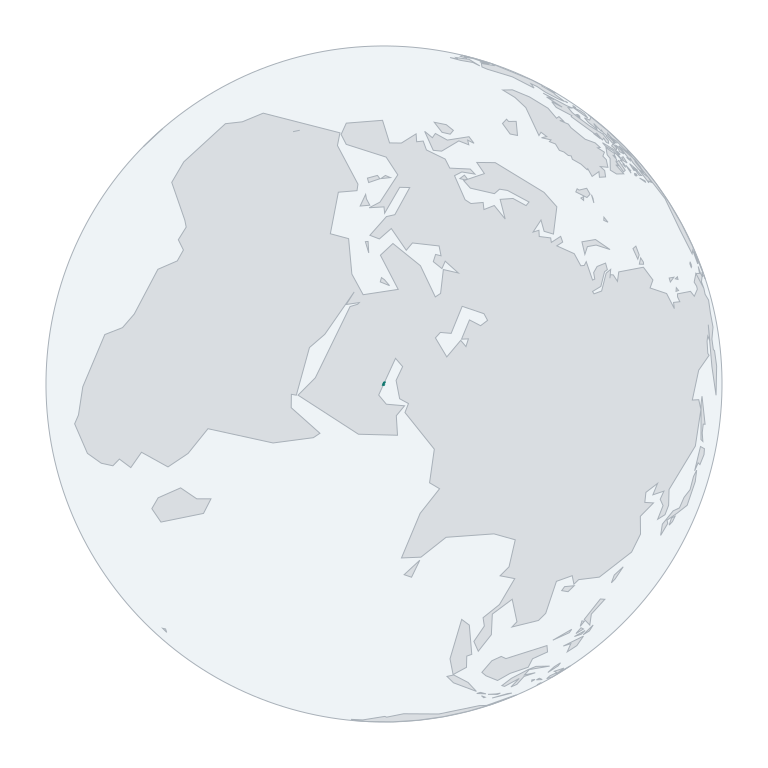 the Earth from above Al Janūbīyah, rotated 54°
{"feature_id": "BHR-4926", "entity_name": "Al Janūbīyah", "entity_type": "Governorate", "adm_level": 1, "iso_a3": "BHR", "parent_name": "Bahrain", "parent_adm1": "", "projection": "orthographic", "projection_center": [50.722, 25.854], "detail": "fine", "context": "on_globe", "style": "filled", "palette": "teal", "viewbox_px": 768, "rotation_deg": 54, "n_neighbors": 0, "source": "natural_earth", "source_scale": "10m", "svg_char_len": 11041}
<svg xmlns="http://www.w3.org/2000/svg" viewBox="0 0 768 768"><g transform="rotate(54 384 384)"><circle cx="384" cy="384" r="338" fill="#eef3f6" stroke="#a8b0b8"/><path d="M476.8,59.1L476.6,59.0L481.9,60.7L478.0,59.8L462.0,55.7L459.2,55.4L469.0,58.0L471.3,59.6L457.3,55.6L459.8,58.2L433.5,54.0L399.3,47.7L381.8,48.2L338.7,50.2L339.7,50.7L324.0,53.2L319.3,55.1L312.7,55.8L314.7,56.9L321.6,55.9L324.9,56.2L322.7,57.6L313.9,58.4L313.7,57.9L309.9,58.9L306.4,58.9L307.0,59.7L296.5,61.2L303.6,61.8L292.6,64.9L286.5,65.4L291.4,62.5L289.6,59.6L286.3,60.5L309.6,54.4L333.3,49.9L357.3,47.1L381.4,46.1L405.5,46.8L429.6,49.2L453.3,53.3L476.8,59.1ZM249.6,74.0L242.8,77.0L240.6,78.0L249.6,74.0ZM225.3,85.6L235.5,80.5L235.7,81.1L248.4,75.6L250.4,75.4L261.7,71.8L255.3,75.7L242.8,81.9L233.1,85.4L227.4,88.6L232.8,88.6L211.0,99.6L190.2,115.3L185.1,118.4L181.9,116.8L191.6,107.3L187.8,108.8L225.3,85.6ZM187.3,109.2L185.3,111.8L172.5,121.0L168.4,124.6L166.3,126.9L169.2,125.2L163.8,129.6L164.0,127.5L168.9,123.4L168.8,123.8L173.3,119.9L173.2,119.9L187.3,109.2ZM47.3,413.1L48.5,423.3L50.6,439.2L47.3,413.1ZM483.4,61.1L486.2,62.0L487.8,62.5L483.4,61.1ZM264.5,70.0L263.1,70.9L261.7,71.1L264.5,70.0ZM270.7,67.8L270.1,67.5L272.9,66.4L273.3,66.7L270.7,67.8ZM483.2,62.0L484.8,63.2L480.4,61.2L483.2,62.0ZM270.8,68.7L278.1,64.7L283.1,63.0L288.6,62.8L270.8,68.7ZM483.9,63.4L487.9,67.1L494.6,69.0L477.9,66.7L480.0,63.7L473.6,60.7L480.2,62.8L483.9,63.4ZM324.8,55.1L317.3,56.1L325.5,54.2L324.8,55.1ZM329.3,53.9L350.0,49.2L360.0,48.9L351.1,50.2L365.7,49.6L360.4,51.7L351.2,52.5L345.7,52.1L347.9,53.4L329.3,53.9ZM468.0,65.3L466.6,65.9L465.0,64.5L468.0,65.3ZM326.8,56.3L330.1,55.0L339.0,54.6L334.1,57.0L332.8,56.3L326.8,56.3ZM372.1,48.7L377.9,49.2L375.2,50.9L377.0,51.5L361.1,51.8L372.1,48.7ZM329.7,57.1L331.3,58.4L325.2,59.9L324.2,57.5L329.7,57.1ZM343.4,53.6L347.4,53.7L343.6,54.4L343.4,53.6ZM304.3,67.3L308.0,65.2L313.0,64.7L304.3,67.3ZM332.3,58.8L334.5,58.3L336.8,58.0L336.6,59.3L332.3,58.8ZM360.3,53.2L358.0,54.1L366.7,53.1L365.1,54.9L354.7,54.9L358.5,55.7L358.0,56.3L350.1,55.8L360.3,53.2ZM343.6,59.9L329.9,61.4L321.9,65.0L317.2,65.4L331.0,59.6L343.6,59.9ZM348.1,57.4L344.3,59.0L340.4,58.4L340.7,57.0L348.1,57.4ZM367.6,56.2L372.9,53.5L374.9,53.7L367.6,56.2ZM342.0,61.0L345.4,60.6L341.9,61.3L342.0,61.0ZM360.6,57.7L362.2,56.5L364.5,56.7L360.6,57.7ZM350.8,61.2L346.3,61.5L346.3,60.4L350.8,61.2ZM355.9,59.6L358.7,60.2L349.0,59.8L356.2,59.0L355.9,59.6ZM362.6,58.0L364.4,57.7L361.6,58.5L362.6,58.0ZM353.2,65.5L341.0,65.4L341.1,62.8L352.9,63.2L353.2,65.5ZM86.6,415.4L80.2,359.3L88.6,344.5L93.9,322.5L154.9,272.0L163.7,281.5L207.0,287.6L211.7,292.2L202.0,308.2L230.9,339.1L245.6,327.2L276.2,345.4L299.5,348.4L315.8,316.9L277.7,311.2L275.6,294.2L309.7,285.0L343.7,291.3L344.0,285.0L326.3,268.7L337.9,258.6L320.6,262.3L324.7,269.3L314.0,272.2L309.5,266.1L313.8,262.5L304.7,258.3L286.6,278.1L288.9,287.4L262.5,286.7L263.9,302.5L255.4,308.0L250.0,283.6L253.4,275.7L240.2,247.7L234.1,255.7L246.2,283.1L240.7,279.9L232.7,292.4L234.5,280.4L222.9,249.9L201.7,248.9L167.9,273.7L156.9,272.0L150.8,261.2L169.8,230.2L192.2,237.8L199.3,228.3L200.5,211.0L207.2,215.2L210.5,209.5L219.6,212.1L238.0,202.3L248.0,203.9L260.8,187.9L267.7,187.0L258.2,196.4L256.9,204.5L282.6,210.1L289.1,207.6L295.4,197.1L301.6,200.6L304.4,189.9L321.8,189.0L302.9,181.5L309.7,170.6L323.2,164.2L322.0,159.7L300.0,170.3L294.3,176.0L294.9,182.8L276.3,199.0L266.3,200.0L272.8,179.1L259.3,178.7L270.3,163.9L323.0,141.9L342.2,140.0L362.3,158.8L354.6,164.7L343.6,160.6L348.7,174.1L350.7,168.3L355.9,171.7L363.8,163.3L367.8,165.4L368.4,154.3L374.2,156.0L373.8,163.0L390.4,153.5L404.0,155.3L405.8,152.3L403.9,148.5L422.5,154.2L423.0,151.8L417.1,148.9L414.2,142.5L416.4,133.7L422.8,136.1L422.8,139.6L432.5,151.2L431.7,160.9L434.5,161.1L436.7,153.3L424.9,139.1L424.5,133.2L431.2,139.1L428.7,136.5L430.5,134.4L438.2,134.8L431.3,128.2L442.0,105.5L457.9,105.3L462.7,112.3L476.9,102.2L493.7,104.8L488.2,101.8L491.3,96.3L486.0,95.3L483.6,93.6L489.2,81.6L495.4,81.4L491.5,74.8L488.7,73.6L483.9,73.2L477.9,66.7L494.6,69.0L500.2,71.5L506.9,72.1L518.6,78.3L531.4,84.4L540.4,92.3L549.7,97.3L551.3,97.0L565.1,104.4L588.3,122.0L562.7,108.5L526.6,86.8L540.7,95.1L535.5,93.9L539.3,97.5L549.5,104.0L551.9,104.2L557.8,121.3L578.2,144.0L581.7,138.6L590.9,142.6L617.2,168.6L636.9,215.4L649.4,225.0L654.9,233.5L654.3,242.1L646.4,229.7L639.6,228.3L635.2,220.5L631.7,231.6L625.2,221.1L625.6,235.8L633.1,242.6L638.6,235.9L641.7,254.4L656.2,264.7L665.5,282.5L666.8,323.3L656.7,341.5L657.6,348.0L649.7,344.4L645.0,360.5L664.6,388.0L666.1,398.0L655.8,423.3L654.5,416.2L633.5,406.8L633.8,431.6L649.9,444.5L655.6,464.8L645.1,462.6L638.8,445.1L631.3,441.2L630.3,420.2L618.3,392.6L607.4,402.8L605.4,390.3L587.2,369.4L569.9,383.1L544.5,423.9L545.8,455.9L535.0,472.1L509.9,430.8L501.4,400.6L490.7,405.2L466.3,381.6L419.4,383.8L414.2,375.7L405.1,380.0L388.2,372.1L380.9,358.7L370.0,359.6L389.8,394.8L401.7,394.0L413.7,380.2L416.9,392.7L433.4,403.2L409.6,434.2L342.5,460.1L338.6,435.9L301.4,365.9L304.0,358.5L303.9,357.7L303.6,356.1L297.5,367.8L292.0,354.0L309.0,402.7L310.7,422.9L341.5,461.5L337.9,465.0L348.6,473.0L386.2,464.8L385.9,472.7L366.5,508.4L316.7,552.7L325.0,583.3L324.1,607.5L296.7,620.3L302.8,638.0L289.2,642.2L290.8,651.4L281.9,659.3L265.8,664.7L234.4,657.7L229.5,649.4L209.2,629.3L179.9,580.8L184.7,562.4L180.6,544.9L158.3,499.5L162.9,478.9L157.7,467.5L146.4,465.6L140.8,451.8L134.3,448.8L96.1,437.2L86.6,415.4ZM129.2,303.0L126.4,309.3L129.2,303.0ZM376.9,315.3L399.0,317.3L393.8,296.3L401.9,295.7L397.1,289.2L393.3,294.9L382.4,277.2L393.6,271.6L393.4,262.8L385.9,261.8L367.1,275.1L382.5,299.9L375.4,308.1L376.9,315.3ZM172.5,121.1L172.3,121.4L169.2,124.4L168.8,124.4L172.5,121.1ZM167.3,131.7L158.7,138.7L164.5,133.3L162.1,134.0L171.3,124.4L183.0,119.5L176.1,123.1L167.3,131.7ZM186.8,111.3L179.7,117.2L187.0,111.0L186.8,111.3ZM219.6,178.8L220.8,183.6L214.5,189.1L201.8,189.5L210.8,181.2L219.6,178.8ZM223.9,189.4L233.9,169.9L242.2,169.7L235.9,173.0L240.3,174.8L231.3,180.6L229.5,200.5L223.9,206.8L203.5,202.6L213.2,200.1L211.5,195.2L223.9,189.4ZM244.8,128.9L249.2,122.7L261.4,129.9L255.9,135.0L242.9,135.0L241.8,129.2L244.8,128.9ZM279.1,70.0L280.0,68.8L282.4,68.3L283.7,69.0L279.1,70.0ZM305.6,66.4L277.7,75.4L277.3,74.3L261.4,82.1L254.2,82.4L264.7,77.1L247.3,83.8L253.9,79.2L242.2,84.3L266.4,72.5L271.7,69.3L268.6,72.6L275.0,72.2L279.4,71.1L295.8,66.0L310.3,60.0L319.0,59.5L321.3,60.8L319.2,62.1L314.2,61.8L314.9,63.9L306.0,64.6L305.6,66.4ZM343.4,88.2L338.5,85.3L338.4,93.6L329.6,92.6L330.1,93.7L321.9,95.4L312.9,99.5L309.5,98.5L307.4,100.6L302.0,102.1L298.0,104.8L290.6,104.2L285.1,107.7L284.7,105.4L277.3,111.8L279.5,106.9L272.6,109.0L274.1,112.6L243.7,106.8L229.2,109.6L216.0,115.1L221.5,107.2L237.4,97.5L257.3,89.2L270.4,88.2L270.5,85.3L276.8,84.2L274.1,86.9L282.1,82.1L286.5,82.1L304.2,77.4L313.0,71.5L319.7,70.1L318.5,72.4L326.0,69.4L328.3,73.0L333.1,72.3L340.3,75.5L335.2,81.2L341.0,80.0L346.7,83.0L343.4,88.2ZM354.9,66.5L350.8,72.4L344.0,75.2L334.4,68.5L329.7,68.7L323.3,65.5L333.4,61.9L334.3,63.0L337.5,63.4L333.1,64.3L339.0,63.8L340.5,65.6L345.5,65.9L342.8,67.6L354.9,66.5ZM219.8,287.4L223.9,289.4L231.0,290.4L226.0,298.7L219.8,287.4ZM211.4,266.7L215.5,266.7L212.0,278.0L207.7,276.4L211.4,266.7ZM220.8,257.5L216.0,265.8L216.1,260.3L220.8,257.5ZM262.3,196.2L267.1,196.0L266.4,198.6L262.4,201.9L262.3,196.2ZM341.3,115.9L339.6,113.0L341.8,112.2L344.8,105.0L351.6,105.7L352.4,110.2L341.3,115.9ZM307.7,321.7L299.2,327.0L296.4,323.5L299.9,322.3L307.7,321.7ZM259.3,313.1L269.0,319.3L257.9,315.4L259.3,313.1ZM349.3,115.4L349.7,112.3L352.8,114.6L349.3,115.4ZM356.7,105.8L360.9,107.8L352.8,104.9L356.7,105.8ZM453.8,704.7L457.2,705.8L451.5,706.7L453.8,704.7ZM382.6,606.1L364.6,645.6L348.4,645.1L343.3,633.6L348.5,609.6L366.8,603.0L375.2,591.5L382.6,606.1ZM693.5,488.4L696.9,486.2L696.5,487.7L693.5,488.4ZM690.2,487.2L694.6,483.6L688.9,490.9L690.2,487.2ZM696.2,482.3L700.6,475.5L702.5,471.5L701.8,474.7L696.2,482.3ZM687.0,489.9L666.6,503.4L657.6,504.9L660.4,498.6L674.9,491.4L687.0,489.9ZM659.7,498.9L645.1,492.1L620.1,459.5L629.2,456.7L654.3,471.9L652.8,477.0L661.7,483.8L659.7,498.9ZM692.2,452.2L690.6,466.4L680.0,473.0L674.8,474.3L671.3,459.4L673.3,449.3L677.8,446.8L691.4,405.9L696.9,409.2L693.6,425.3L697.9,433.8L692.2,452.2ZM547.6,458.6L556.5,475.3L550.1,479.8L547.6,458.6ZM694.1,380.3L690.5,398.0L692.8,376.3L694.1,380.3ZM693.7,361.3L695.4,367.7L692.0,363.1L693.7,361.3ZM660.2,357.2L655.6,361.7L654.1,357.0L659.0,348.7L660.2,357.2ZM672.5,297.9L677.6,311.7L678.5,316.9L673.9,310.0L672.5,297.9ZM408.1,122.1L396.3,130.7L392.4,138.7L397.2,145.3L385.3,140.3L391.4,128.0L408.1,122.1ZM437.1,107.0L432.8,102.2L437.9,102.5L439.7,103.6L437.1,107.0ZM432.2,105.3L420.8,103.0L420.5,99.2L429.6,101.7L432.2,105.3ZM384.8,107.7L380.8,110.0L378.3,108.0L384.8,107.7ZM647.4,595.7L639.2,605.2L635.9,607.8L643.3,598.6L653.4,578.7L655.1,577.7L662.3,562.0L683.2,533.6L700.3,495.8L704.3,490.0L712.0,463.7L713.4,459.5L706.8,484.1L698.3,508.1L688.1,531.4L676.2,553.8L662.6,575.3L647.4,595.7ZM701.6,481.1L707.2,465.8L709.2,462.2L701.6,481.1ZM719.9,420.6L720.0,419.7L718.0,425.6L717.6,421.3L719.1,413.8L716.5,415.1L719.6,405.4L719.9,415.4L721.2,401.5L721.6,398.8L719.9,420.6ZM717.7,433.4L718.1,432.2L717.3,437.1L717.7,433.4ZM711.8,435.5L711.4,439.3L710.3,438.3L711.8,435.5ZM713.4,431.2L716.1,429.7L712.9,434.6L713.4,431.2ZM700.4,434.4L701.9,441.3L706.5,431.3L702.9,442.6L705.1,453.1L703.7,459.4L701.7,447.7L699.5,464.2L697.3,465.9L697.0,453.9L699.7,435.7L701.8,427.0L709.6,415.8L700.4,434.4ZM713.7,421.0L712.8,412.6L713.3,405.1L714.4,408.7L713.7,421.0ZM708.4,393.2L703.9,385.5L701.4,393.0L705.2,370.8L709.0,381.8L708.4,393.2ZM702.4,371.5L700.2,378.4L701.6,366.2L702.4,371.5ZM698.7,375.4L697.0,367.9L699.5,366.6L698.7,375.4ZM703.9,370.3L701.9,356.4L704.5,363.0L703.9,370.3ZM692.0,351.5L700.0,359.2L692.1,360.3L685.1,335.3L688.0,331.9L692.0,351.5ZM665.8,236.3L661.4,230.2L662.1,226.2L664.9,231.5L665.8,236.3ZM660.3,210.0L660.8,223.3L660.5,235.1L663.6,236.4L669.1,249.2L661.0,241.2L656.6,224.6L657.9,217.8L652.1,207.9L649.4,198.5L640.7,187.9L637.5,181.7L645.9,189.6L660.3,210.0ZM636.8,183.7L620.6,164.7L624.7,162.8L629.2,166.6L634.9,175.8L632.4,176.2L636.8,183.7ZM617.9,159.8L615.2,160.2L585.9,138.7L580.8,133.9L605.3,147.9L604.1,149.3L610.6,155.3L617.9,159.8ZM470.3,66.9L466.9,66.0L469.9,66.1L470.3,66.9ZM480.7,93.3L477.9,90.9L481.5,90.7L480.7,93.3ZM472.2,84.7L470.1,86.5L469.7,83.6L472.2,84.7ZM465.9,91.0L468.0,86.7L469.8,92.4L465.9,91.0Z" fill="#d9dde1" stroke="#a8b0b8" stroke-width="1"/><path d="M383.4,382.6L383.5,382.8L383.5,383.3L383.4,384.0L383.2,384.4L383.1,384.2L383.0,383.8L382.9,383.7L382.7,383.4L382.6,383.2L382.7,382.9L382.8,382.9L383.0,382.8L383.0,382.5L383.0,382.4L383.2,382.5L383.3,382.4L383.4,382.6ZM384.3,384.8L384.4,384.7L384.4,384.8L384.4,385.0L384.2,385.1L384.3,385.2L384.3,385.3L384.2,385.3L384.3,385.4L384.2,385.5L384.1,385.4L384.1,385.2L384.2,384.9L384.3,384.8ZM384.4,385.2L384.5,385.2L384.5,385.3L384.4,385.3L384.4,385.2L384.4,385.2ZM384.4,385.0L384.5,385.0L384.4,385.1L384.4,385.0Z" fill="#14b8a6" stroke="#0f766e" stroke-width="1.5"/></g></svg>